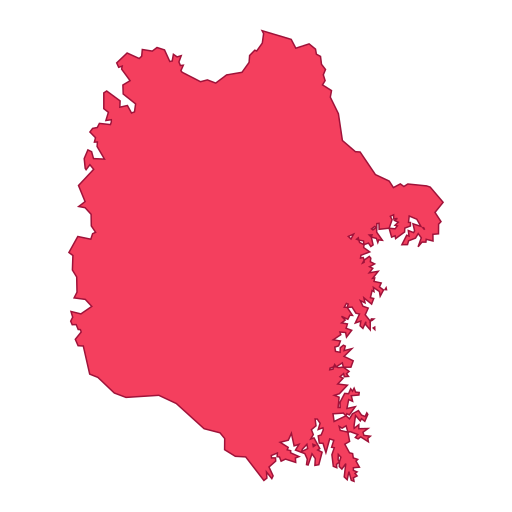 the district of Nioaque, Mato Grosso do Sul, Brazil
{"feature_id": "56859067B14373210105455", "entity_name": "Nioaque", "entity_type": "district", "adm_level": 2, "iso_a3": "BRA", "parent_name": "Brazil", "parent_adm1": "Mato Grosso do Sul", "projection": "natural_earth1", "projection_center": [-55.801, -21.112], "detail": "fine", "context": "isolated", "style": "filled", "palette": "rose", "viewbox_px": 512, "rotation_deg": 0, "n_neighbors": 0, "source": "geoboundaries", "source_scale": "gbopen_adm2", "svg_char_len": 6052}
<svg xmlns="http://www.w3.org/2000/svg" viewBox="0 0 512 512"><path d="M142.3,49.5L141.7,56.2L139.2,58.5L127.1,53.0L116.7,62.9L118.7,67.3L122.2,66.1L121.6,69.1L130.1,80.7L122.9,85.0L123.2,94.0L135.6,103.9L134.5,111.9L131.5,113.0L127.4,105.5L119.8,107.2L120.1,100.9L106.7,91.0L103.8,92.9L103.8,108.7L108.4,112.3L105.9,120.5L111.3,119.7L111.3,122.1L110.4,124.6L99.4,123.4L97.3,127.5L92.6,128.4L89.9,132.0L95.5,137.7L94.4,142.1L97.4,142.0L97.1,146.5L104.5,159.1L93.5,158.6L91.6,151.7L87.9,149.9L84.2,158.6L85.2,168.3L86.1,169.7L89.9,164.7L93.7,169.3L78.5,185.5L85.1,201.6L78.7,206.5L85.1,207.7L91.1,214.3L91.3,225.9L95.6,232.3L92.6,233.7L90.8,239.2L77.8,236.5L68.9,252.5L72.9,255.5L72.4,270.0L76.7,277.0L77.0,292.2L74.1,297.9L85.3,299.4L91.8,306.4L80.9,313.9L71.0,311.5L72.7,317.2L70.7,321.2L72.2,324.7L76.2,324.6L78.2,329.5L80.4,329.6L81.2,332.0L75.3,339.3L78.1,345.7L83.3,346.0L89.7,374.1L97.9,377.4L114.3,393.0L126.0,397.4L158.8,395.3L176.3,403.5L204.1,428.7L220.0,432.8L224.7,438.5L224.6,449.7L235.3,456.3L245.7,456.9L263.9,480.5L266.9,478.1L266.5,472.0L271.8,478.6L273.1,475.9L269.0,467.0L275.7,461.1L275.5,457.9L271.5,457.9L271.3,455.5L277.4,453.0L277.1,456.6L279.5,457.0L281.1,461.2L285.5,459.1L295.7,462.4L295.4,458.0L299.0,456.6L290.6,452.8L290.7,450.7L287.2,449.8L288.2,447.4L280.1,442.3L288.3,440.2L291.4,433.3L294.1,445.9L299.0,444.3L295.5,450.1L304.8,453.6L307.3,459.1L306.5,464.6L308.1,465.0L312.0,453.8L315.3,458.6L314.9,465.4L318.8,464.7L322.1,452.2L317.7,450.0L319.8,448.6L314.0,437.9L310.7,439.0L313.3,434.6L311.4,429.7L316.0,425.8L315.1,419.0L317.3,419.1L320.1,423.3L318.2,429.5L322.9,427.8L323.3,429.8L321.2,434.9L318.2,435.9L319.3,443.1L323.0,443.3L325.9,452.6L329.7,438.9L333.8,440.3L331.6,447.3L334.3,447.7L331.9,454.7L333.3,466.3L336.8,467.7L336.5,464.4L339.4,461.9L339.3,466.6L341.9,469.1L345.8,463.6L344.2,476.9L347.2,479.7L348.9,471.6L351.3,480.3L354.0,481.3L353.4,477.8L357.1,475.9L355.0,473.4L357.0,471.9L353.4,470.4L353.4,467.7L359.4,467.2L356.0,461.1L357.7,459.4L353.3,457.9L352.6,453.6L349.5,452.8L344.8,444.2L349.6,441.4L347.9,432.1L350.4,431.7L357.8,434.5L355.3,437.5L358.1,438.9L360.7,436.9L368.4,441.8L367.8,438.3L370.3,436.2L363.9,435.4L363.0,432.2L368.0,428.5L358.8,428.7L358.8,424.7L354.2,428.3L354.0,426.3L355.5,415.5L360.3,420.9L361.5,418.7L364.8,421.3L367.8,414.4L366.8,412.9L365.1,416.5L361.5,415.1L358.4,410.6L352.5,413.8L349.5,418.8L346.0,415.8L346.9,413.7L349.3,414.9L355.3,406.7L346.9,408.5L348.7,399.6L352.6,401.3L351.3,395.7L358.9,395.0L359.2,392.5L355.6,392.1L354.1,388.2L352.5,391.2L350.7,388.8L348.6,393.7L344.7,393.4L340.0,402.3L340.2,407.5L338.1,407.5L339.1,397.2L334.3,395.3L339.4,393.7L347.4,385.2L337.7,384.0L343.1,378.2L340.0,376.7L343.6,373.6L344.3,376.7L348.5,376.4L346.5,373.7L349.1,371.4L343.4,367.2L350.9,367.2L353.2,360.8L344.0,356.4L351.8,348.7L344.1,350.6L345.3,346.1L343.4,345.2L340.3,347.7L340.1,352.3L335.5,351.4L334.8,347.1L338.6,345.9L340.4,341.0L333.2,339.8L340.8,334.7L339.9,332.0L345.6,332.5L346.5,337.1L351.7,330.3L346.1,328.3L347.4,323.9L341.6,322.9L345.2,320.1L341.5,316.3L347.8,319.3L349.9,315.2L352.5,315.4L347.2,307.4L352.1,307.1L355.9,313.2L359.5,314.0L355.3,323.0L360.8,321.1L360.1,325.8L362.9,328.4L365.9,321.7L365.6,324.5L370.2,329.8L370.3,321.2L365.2,314.8L368.2,308.1L362.9,306.2L360.3,300.6L365.0,302.8L363.9,297.8L371.6,304.1L373.7,298.5L370.4,297.7L372.1,290.5L374.0,291.6L373.4,287.4L379.4,291.5L380.2,296.2L383.5,290.0L379.4,286.9L381.2,283.0L374.0,281.4L374.7,278.0L372.7,278.3L378.2,271.3L369.2,272.8L372.8,268.3L369.5,266.7L374.6,263.9L370.3,261.7L370.8,258.2L369.3,256.4L364.2,260.1L363.2,257.5L360.5,258.1L360.9,255.3L369.7,251.9L363.7,247.6L363.9,244.6L368.5,243.1L370.8,246.5L373.1,244.9L371.3,237.1L376.4,238.4L377.8,242.5L378.7,239.9L382.4,240.3L376.7,232.2L376.8,223.6L379.0,223.3L379.1,229.3L389.1,228.2L391.6,237.1L395.1,235.8L395.6,238.6L404.6,232.0L404.8,228.1L410.4,226.0L410.5,222.5L408.5,222.4L409.2,216.0L416.8,219.2L420.9,226.4L413.0,223.8L414.6,230.9L413.6,232.6L408.3,230.5L409.0,236.1L406.7,235.2L401.9,244.7L407.5,244.6L408.6,240.8L415.5,238.1L418.2,233.6L421.3,237.8L418.1,246.8L422.0,242.1L425.9,242.1L426.2,239.3L433.0,241.0L432.9,234.3L438.5,233.8L438.6,224.2L441.0,221.6L435.0,212.4L443.1,202.3L430.2,187.1L426.6,185.9L407.8,184.0L403.9,186.5L400.3,183.9L393.4,187.6L389.2,181.1L375.4,174.6L360.1,152.0L355.4,151.7L342.4,140.5L338.4,113.7L330.3,97.2L331.5,90.6L322.5,84.9L325.1,80.6L323.3,74.8L325.5,69.5L321.5,64.3L320.5,56.4L316.4,54.2L315.5,49.1L309.1,43.9L295.8,48.2L291.2,39.4L262.1,30.7L263.6,33.6L262.3,43.1L256.7,51.0L254.8,50.2L249.6,55.5L249.1,62.4L242.0,72.3L226.6,74.9L215.7,83.1L207.4,79.9L200.5,81.7L182.2,72.3L180.9,70.7L183.3,65.2L180.4,65.5L178.9,62.0L181.2,55.7L177.1,56.9L173.4,54.3L172.2,61.0L169.8,61.5L164.5,49.9L157.0,47.5L152.3,51.1L142.3,49.5ZM389.1,228.2L392.1,219.7L390.3,216.3L393.6,214.8L393.7,219.0L397.4,218.4L394.6,220.5L398.3,222.2L395.0,225.3L397.4,225.9L395.1,228.8L389.1,228.2ZM346.0,415.8L334.1,421.5L333.0,413.8L343.3,413.1L346.0,415.8ZM347.9,432.1L340.2,430.4L339.2,426.4L342.1,428.2L346.1,425.8L347.9,432.1ZM343.4,367.2L338.1,367.6L336.2,366.8L342.3,362.9L343.4,367.2ZM301.6,451.6L302.4,449.1L306.9,444.3L307.7,448.6L301.6,451.6ZM363.9,244.6L359.6,242.5L358.8,240.1L363.5,240.9L363.9,244.6ZM353.6,234.1L351.0,239.0L348.3,236.4L353.6,234.1ZM339.4,461.9L338.1,459.7L338.3,454.4L340.9,457.2L339.4,461.9ZM347.2,307.4L344.3,307.2L346.4,303.4L348.2,304.1L347.2,307.4ZM376.4,227.5L372.9,229.9L371.5,228.9L374.8,226.4L376.4,227.5ZM333.6,366.9L333.0,369.2L329.7,369.8L330.0,368.1L333.6,366.9ZM371.3,237.1L369.2,235.0L372.0,234.8L371.3,237.1ZM336.2,366.8L333.6,366.9L334.7,364.5L336.2,366.8ZM315.4,445.2L313.3,446.6L312.9,444.3L315.4,445.2ZM423.9,228.0L424.6,229.7L422.5,227.3L423.9,228.0ZM358.8,240.1L356.6,239.2L358.3,237.8L358.8,240.1ZM364.2,260.1L364.1,262.3L362.6,263.0L364.2,260.1ZM370.3,321.2L372.2,320.3L373.8,319.0L371.4,318.9L370.3,321.2ZM374.8,329.5L374.7,327.1L373.2,328.0L374.8,329.5ZM386.5,289.7L386.1,287.8L385.0,289.6L386.5,289.7Z" fill="#f43f5e" stroke="#9f1239" stroke-width="1.5"/></svg>